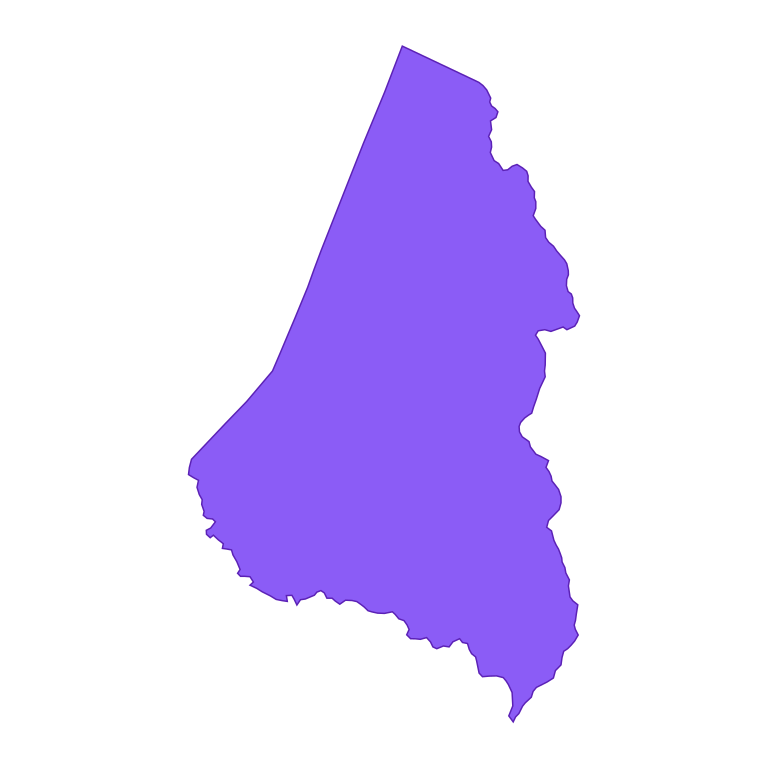 outline of Itaporã do Tocantins, Tocantins, Brazil
{"feature_id": "56859067B75494045146561", "entity_name": "Itaporã do Tocantins", "entity_type": "district", "adm_level": 2, "iso_a3": "BRA", "parent_name": "Brazil", "parent_adm1": "Tocantins", "projection": "mercator", "projection_center": [-48.728, -8.44], "detail": "fine", "context": "isolated", "style": "filled", "palette": "violet", "viewbox_px": 768, "rotation_deg": 0, "n_neighbors": 0, "source": "geoboundaries", "source_scale": "gbopen_adm2", "svg_char_len": 2993}
<svg xmlns="http://www.w3.org/2000/svg" viewBox="0 0 768 768"><path d="M478.9,82.4L402.3,46.1L384.7,92.0L363.4,143.4L321.1,250.6L314.1,269.3L307.7,287.2L295.0,318.0L289.7,330.5L280.1,353.3L272.5,371.0L246.6,401.6L225.8,423.1L191.5,459.3L189.4,467.4L188.5,474.6L193.8,477.8L198.5,480.3L197.0,487.3L199.3,494.6L202.2,499.7L201.7,504.4L204.1,511.4L203.3,515.3L207.1,518.4L212.6,519.0L215.4,521.8L210.7,528.0L206.3,530.3L206.5,534.3L210.2,537.7L213.4,535.2L218.4,539.9L223.3,543.7L222.4,548.4L226.7,549.0L231.5,549.9L233.0,555.0L236.8,561.6L240.1,569.5L237.6,573.3L240.5,576.3L244.4,576.3L250.0,576.7L253.4,582.0L250.0,585.2L256.8,588.4L262.2,591.8L270.4,595.9L276.1,599.4L282.0,600.6L287.3,601.4L286.4,595.6L291.9,595.3L294.2,599.3L296.9,605.0L300.5,599.7L305.3,599.0L314.4,595.2L316.9,592.1L320.9,590.6L324.3,592.9L326.9,598.2L332.1,598.2L335.2,601.0L339.8,604.2L345.5,600.2L352.0,600.5L356.9,601.6L361.1,604.6L364.2,607.0L368.0,610.7L372.0,611.9L377.5,613.1L384.4,613.4L392.4,611.8L395.2,614.4L398.8,618.8L404.0,620.6L407.1,625.0L409.1,629.5L406.7,634.8L410.6,638.7L415.4,638.8L420.4,639.3L426.6,637.6L430.5,641.9L432.9,646.9L436.8,648.7L443.4,646.0L449.1,646.9L452.9,641.8L459.6,638.7L462.5,642.5L467.5,643.5L469.3,649.5L471.6,653.7L475.6,656.9L476.6,660.8L479.1,673.1L482.5,676.7L489.2,676.1L496.6,675.9L503.3,677.6L506.1,681.0L508.4,684.6L512.1,692.5L512.8,705.9L508.8,715.9L513.2,721.9L515.6,716.9L518.9,713.5L522.6,706.1L525.2,702.9L531.3,697.2L533.1,691.4L536.4,687.4L547.1,682.0L553.4,678.0L555.4,670.6L561.0,664.9L562.0,657.6L563.7,651.3L567.6,648.7L571.1,645.2L574.6,641.1L578.2,635.0L575.3,629.3L574.2,625.1L575.5,620.3L576.3,614.2L577.8,604.8L572.8,600.8L570.0,596.9L568.4,585.9L569.4,579.9L565.8,572.9L564.9,567.6L562.1,562.0L561.7,557.8L560.2,553.5L558.5,549.1L556.2,545.2L553.9,540.3L551.5,530.9L546.7,527.3L548.5,520.5L553.0,516.0L559.1,509.7L561.0,502.9L561.0,496.7L558.6,489.5L555.7,485.7L552.0,481.0L551.1,476.2L549.0,471.6L546.0,467.4L548.5,460.6L541.3,456.7L535.9,454.2L530.4,446.9L529.0,441.6L522.2,436.8L519.5,431.9L519.1,426.5L520.6,422.5L524.6,418.0L528.4,415.2L531.7,413.2L533.6,406.8L536.3,399.2L539.7,388.4L545.2,376.8L544.5,371.0L545.2,365.0L545.4,353.1L542.5,347.4L538.2,339.1L535.5,335.2L538.2,330.8L544.8,329.7L550.9,331.4L563.1,327.0L566.9,329.7L574.7,326.1L577.2,322.1L579.5,315.7L576.8,311.5L574.5,308.2L572.8,303.1L572.7,297.9L571.3,294.0L568.1,291.6L566.4,285.7L566.7,279.3L568.4,274.8L568.3,270.8L566.8,263.8L564.5,259.9L560.4,255.3L556.7,251.0L553.5,246.2L548.8,242.3L545.6,237.6L545.0,230.2L540.8,226.4L537.8,222.4L535.3,219.0L533.2,215.7L535.8,208.5L535.8,201.7L534.3,197.8L534.5,191.5L531.3,187.1L528.0,181.4L528.1,175.8L526.7,171.3L522.5,167.9L517.0,164.5L512.2,166.2L507.7,169.8L503.1,170.4L498.7,163.6L494.1,160.6L490.3,152.5L491.6,147.1L491.3,141.8L488.6,136.4L491.6,129.7L490.5,120.9L496.0,117.5L497.9,111.8L495.1,108.5L491.6,106.0L489.7,102.0L490.7,98.1L486.7,89.9L483.0,85.6L478.9,82.4Z" fill="#8b5cf6" stroke="#5b21b6" stroke-width="1.5"/></svg>